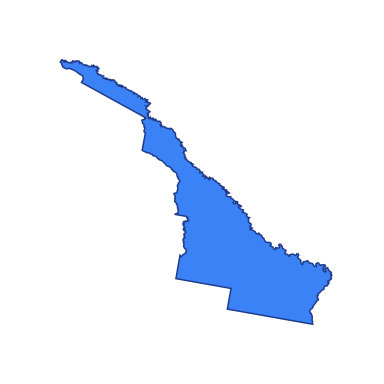 San Diego, Cesar, Colombia, rotated 100°
{"feature_id": "7082276B78047797507683", "entity_name": "San Diego", "entity_type": "district", "adm_level": 2, "iso_a3": "COL", "parent_name": "Colombia", "parent_adm1": "Cesar", "projection": "equal_earth", "projection_center": [-73.366, 10.112], "detail": "fine", "context": "isolated", "style": "filled", "palette": "blue", "viewbox_px": 384, "rotation_deg": 100, "n_neighbors": 0, "source": "geoboundaries", "source_scale": "gbopen_adm2", "svg_char_len": 5976}
<svg xmlns="http://www.w3.org/2000/svg" viewBox="0 0 384 384"><g transform="rotate(100 192 192)"><path d="M247.0,40.9L245.2,44.1L243.1,45.2L243.5,47.2L245.0,48.1L246.7,46.3L247.3,46.5L247.7,47.0L247.2,48.3L246.6,49.2L245.2,49.7L242.8,49.2L241.8,47.7L241.0,48.0L240.7,50.0L241.7,52.4L241.3,53.8L239.9,55.2L240.4,56.8L241.7,57.6L243.4,56.6L244.1,57.0L243.7,59.0L241.5,60.9L241.5,64.0L239.6,66.3L240.8,68.1L241.3,70.2L244.1,70.5L244.2,71.1L242.9,72.5L240.6,72.9L238.1,76.8L236.0,75.9L234.5,76.7L234.7,78.0L235.9,78.5L236.5,79.5L235.8,80.9L235.7,82.4L236.9,84.9L238.2,84.8L238.4,85.4L236.9,87.1L236.7,89.9L233.2,89.3L231.9,93.0L230.3,93.5L228.1,95.7L228.3,96.9L229.2,97.5L231.0,96.0L231.7,96.4L232.3,97.5L232.2,99.9L233.9,99.6L234.2,101.2L232.3,102.6L231.2,105.8L229.6,104.9L228.7,105.4L228.1,107.1L228.7,109.5L228.5,110.6L226.5,112.7L225.3,113.0L224.6,114.6L222.4,116.3L222.3,118.2L221.1,118.5L221.0,119.4L221.9,120.3L221.9,121.4L220.0,123.1L219.0,125.8L218.8,128.4L218.2,128.5L217.0,126.5L215.9,129.0L214.0,128.0L212.8,128.7L212.1,131.2L210.4,131.2L209.4,131.9L207.2,130.9L207.2,133.3L205.9,134.2L204.5,133.8L203.6,135.9L203.3,138.6L201.6,138.0L200.7,138.4L200.6,140.7L199.2,143.5L198.3,143.6L197.9,142.2L198.1,141.2L197.6,140.9L196.9,141.9L196.0,145.0L193.7,145.5L193.7,147.5L195.7,146.8L196.2,148.4L195.9,149.2L195.3,149.6L193.7,148.5L191.9,150.6L191.4,152.8L189.9,153.0L190.4,155.7L189.8,157.6L188.7,157.9L187.8,157.1L186.6,158.0L186.4,157.4L187.1,156.0L186.5,155.1L185.7,156.7L186.0,159.0L185.1,159.4L184.5,158.0L184.0,158.5L183.7,162.6L182.9,162.8L182.2,161.1L181.7,161.3L181.5,163.6L180.6,164.5L180.3,166.2L179.1,166.2L178.0,170.0L176.9,170.3L176.4,172.7L174.9,173.8L175.1,176.1L174.4,177.3L175.1,177.6L176.2,176.6L176.9,177.3L175.1,179.4L176.0,181.4L174.2,180.7L173.8,181.6L174.6,183.0L174.5,184.1L173.0,183.3L171.8,185.4L170.7,185.2L171.7,187.7L170.9,188.0L170.0,187.4L168.4,189.3L168.5,191.4L167.2,191.9L166.6,195.7L165.4,196.3L164.5,195.5L164.2,196.4L164.5,197.6L163.3,197.8L163.2,199.1L161.8,202.3L160.7,203.0L160.4,204.6L159.0,204.2L158.7,205.5L156.8,205.4L155.0,207.4L154.0,206.7L152.7,207.3L152.4,205.0L150.4,206.2L150.0,206.8L150.1,208.4L148.8,209.3L148.5,211.1L147.8,211.2L147.8,209.8L146.1,211.4L145.0,210.3L144.1,212.7L142.3,214.1L143.0,214.7L142.0,215.5L141.6,216.9L139.7,218.0L137.0,218.5L135.5,220.8L134.0,221.6L132.9,224.0L133.9,225.0L133.4,226.1L133.7,228.2L132.8,229.2L132.9,230.2L132.3,231.3L133.1,233.8L132.2,234.4L132.1,233.5L131.1,233.7L131.0,235.1L129.2,234.5L127.9,236.1L128.6,238.4L127.4,239.5L128.2,240.9L127.8,241.3L126.8,240.8L127.0,242.5L126.0,243.3L126.7,244.0L127.6,242.8L127.9,243.5L126.5,244.5L126.9,245.9L125.6,246.1L127.0,247.1L126.8,247.8L124.6,248.2L123.9,249.2L123.2,248.4L122.3,249.6L120.3,247.3L118.1,251.7L116.3,251.4L115.4,252.3L115.5,250.9L114.9,250.7L114.7,249.8L113.9,250.1L112.2,248.3L111.6,248.9L111.5,250.9L110.3,251.5L110.6,252.2L111.3,252.1L111.2,253.5L108.9,252.1L109.2,254.2L108.2,254.5L109.1,255.8L109.1,257.1L107.9,257.4L108.6,258.4L107.3,259.1L106.4,260.7L107.4,261.6L106.6,261.6L105.0,263.5L105.3,266.4L104.2,266.0L103.8,268.6L102.8,269.5L103.3,270.6L102.4,272.3L102.3,273.9L100.4,275.8L101.1,276.6L100.4,277.8L100.5,278.8L99.5,278.9L99.9,280.0L100.8,280.0L100.3,280.7L99.3,280.4L99.3,281.6L100.3,281.6L100.1,283.2L99.3,282.9L98.6,285.4L97.4,285.1L96.9,286.7L96.2,287.1L95.9,288.1L95.3,288.2L95.4,290.1L96.3,290.2L95.4,292.2L96.3,292.4L95.6,293.3L95.5,294.7L94.9,295.1L95.3,296.0L94.9,296.8L95.8,296.3L95.3,299.0L94.1,299.9L93.1,299.6L93.5,300.3L92.5,302.5L92.8,304.1L92.2,305.1L91.7,304.9L91.2,306.2L90.1,306.6L89.4,305.8L89.1,307.2L88.3,306.3L87.6,306.7L86.8,305.0L85.5,306.3L85.6,307.3L84.9,307.6L85.5,308.8L84.8,310.0L85.6,310.5L84.5,311.1L85.4,311.5L84.8,312.5L85.7,312.7L86.3,314.8L85.5,317.3L85.9,318.2L85.2,318.6L85.9,320.9L84.2,322.8L83.9,324.3L84.9,324.7L83.6,325.8L82.8,325.6L82.7,327.5L83.4,329.6L84.0,329.4L83.6,331.9L84.5,331.5L84.8,332.6L85.2,331.3L85.2,333.3L86.0,333.5L86.1,336.2L84.6,339.3L85.0,340.0L85.9,339.3L86.2,340.4L85.6,340.9L84.8,340.5L85.2,341.6L84.3,342.6L84.5,343.2L86.9,344.3L87.4,342.9L88.7,342.7L91.6,340.5L92.6,336.9L91.5,334.6L92.3,330.4L93.2,327.5L95.7,322.7L96.3,320.0L99.5,318.6L103.3,319.9L126.9,250.6L127.5,251.5L128.1,251.0L129.1,251.8L129.6,253.6L130.6,253.7L132.9,252.5L134.2,250.8L136.2,250.6L136.8,249.5L140.4,249.9L141.3,249.4L141.8,248.2L159.7,248.3L161.1,243.1L160.8,241.3L161.6,239.8L161.9,237.6L163.2,236.2L162.9,235.3L163.2,233.8L165.7,230.4L166.7,226.2L168.0,224.9L168.8,223.1L170.4,221.9L171.4,217.4L173.2,216.0L173.2,215.0L174.1,214.8L175.2,213.1L175.2,211.9L176.5,210.2L179.2,209.3L179.9,208.2L180.6,208.4L183.6,205.6L185.6,207.1L186.4,206.6L188.1,207.6L190.8,206.5L195.3,206.9L196.6,209.5L200.7,207.3L201.5,207.9L202.1,207.3L204.4,207.4L205.7,205.4L206.8,205.1L207.3,204.2L210.7,203.3L212.7,202.2L215.3,202.3L216.5,204.6L217.0,204.6L217.0,192.5L217.2,192.9L218.1,191.7L218.5,192.4L219.7,191.3L220.7,191.5L220.9,190.8L221.3,191.7L221.8,191.7L221.6,193.3L222.2,193.5L222.3,194.5L223.0,194.2L223.1,195.2L224.9,195.4L225.0,194.2L226.1,194.9L226.6,194.1L228.3,193.7L228.4,192.9L229.5,193.9L229.8,193.2L230.3,193.6L230.3,192.8L231.1,193.3L231.6,192.9L231.5,192.1L232.6,191.1L234.9,192.7L235.1,192.1L236.7,192.1L237.9,191.1L238.2,191.9L239.0,191.5L240.0,192.6L241.3,192.3L242.3,191.3L242.8,191.8L245.3,190.7L246.7,191.0L248.8,189.5L248.9,188.4L251.0,187.3L253.3,187.8L256.0,190.6L257.2,191.0L257.5,191.7L256.4,192.8L280.1,192.8L280.2,136.8L301.2,136.9L301.3,50.2L299.3,51.0L298.6,50.7L297.2,51.5L293.6,52.0L290.8,53.6L290.3,54.9L288.6,55.4L286.6,54.5L285.5,53.3L282.2,52.4L278.7,50.5L277.8,50.6L276.5,48.9L275.5,48.9L274.2,50.5L272.8,50.1L272.5,50.6L271.6,49.8L270.9,50.2L266.3,47.1L264.9,45.2L262.0,45.3L260.8,42.5L259.1,42.1L258.7,41.5L257.6,41.5L257.3,42.2L257.0,41.7L256.5,42.3L256.5,41.9L256.0,42.2L254.1,40.1L253.8,40.5L252.3,39.7L250.8,40.5L249.4,40.7L249.5,40.0L249.1,40.1L248.0,41.5L247.0,40.9Z" fill="#3b82f6" stroke="#1e3a8a" stroke-width="1.5"/></g></svg>